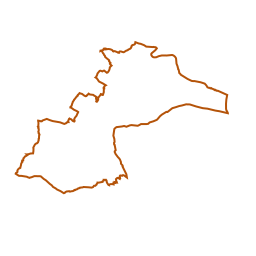 the district of Spydeberg nor, Østfold, Norway, rotated 22°
{"feature_id": "86288312B44573726791656", "entity_name": "Spydeberg nor", "entity_type": "district", "adm_level": 2, "iso_a3": "NOR", "parent_name": "Norway", "parent_adm1": "Østfold", "projection": "natural_earth1", "projection_center": [11.037, 59.603], "detail": "fine", "context": "isolated", "style": "outline", "palette": "amber", "viewbox_px": 256, "rotation_deg": 22, "n_neighbors": 0, "source": "geoboundaries", "source_scale": "gbopen_adm2", "svg_char_len": 5608}
<svg xmlns="http://www.w3.org/2000/svg" viewBox="0 0 256 256"><g transform="rotate(22 128 128)"><path d="M102.7,45.7L103.0,47.3L102.8,48.0L102.0,48.8L101.0,49.5L100.8,49.9L100.6,50.7L100.8,50.8L100.8,51.8L100.6,52.7L100.7,53.0L100.3,53.7L98.8,55.3L98.7,55.8L98.0,56.5L97.5,56.8L95.8,59.2L95.3,59.5L92.7,59.7L91.7,60.1L91.1,61.2L91.4,61.6L90.6,61.9L90.1,61.7L87.2,61.7L86.6,61.8L85.8,62.5L85.2,62.4L84.9,62.0L84.1,61.7L83.3,61.6L81.7,61.7L80.2,62.1L79.4,62.6L78.0,62.7L78.2,63.3L77.9,63.5L77.2,63.2L76.1,63.2L75.8,63.8L76.2,64.4L76.2,64.6L75.4,65.2L74.9,65.7L73.5,66.6L73.6,67.0L74.3,66.3L75.7,67.0L76.6,67.9L77.5,68.2L78.2,69.1L79.4,69.6L79.7,69.9L80.1,70.6L82.3,71.4L85.0,72.2L85.2,72.3L85.2,72.7L85.4,73.2L87.3,74.2L87.0,74.8L87.1,75.2L88.0,75.6L88.0,75.8L89.4,76.3L89.0,77.1L88.4,78.6L88.7,79.4L88.9,81.2L88.7,83.0L88.5,83.4L88.4,84.0L87.7,84.7L84.4,83.7L83.7,84.2L83.1,85.1L81.0,85.2L80.3,85.7L79.3,88.9L79.5,90.6L79.3,92.1L79.5,92.5L79.0,93.3L80.0,93.5L81.6,94.3L82.8,95.2L83.9,95.8L87.9,96.1L91.4,96.7L90.6,97.7L90.6,98.6L90.3,99.3L90.3,99.9L91.0,99.9L91.3,100.5L91.1,100.8L91.2,101.6L91.9,103.2L92.0,103.8L92.2,104.1L92.2,105.8L92.4,106.4L92.3,106.8L91.6,107.0L91.0,106.6L90.1,106.7L90.0,107.9L89.2,110.6L89.1,111.4L89.8,113.0L89.6,114.1L89.5,115.1L89.1,115.4L88.6,115.3L88.6,114.5L88.0,113.4L87.7,113.2L87.1,112.2L87.2,111.1L85.9,110.8L84.7,110.7L83.4,110.3L80.1,111.2L78.6,110.9L77.9,113.0L77.5,113.2L77.4,114.0L76.9,114.4L75.5,114.4L72.6,113.6L71.3,113.8L70.0,113.8L69.8,114.7L69.1,116.1L69.3,116.7L69.0,116.9L68.9,117.8L68.6,118.0L67.8,121.1L67.4,121.9L67.5,122.5L67.0,124.5L67.2,125.2L67.1,126.1L67.4,128.5L66.7,130.2L66.9,130.6L67.5,130.4L71.0,131.3L74.2,131.5L75.8,131.8L75.9,132.2L75.7,133.7L75.7,135.5L75.6,136.4L75.4,136.7L74.9,138.5L74.8,139.6L75.0,140.7L75.5,140.9L75.8,141.3L75.9,141.8L75.8,142.1L75.1,142.2L74.0,142.1L72.2,141.2L71.1,141.3L70.2,141.1L69.9,141.7L69.9,144.0L70.5,144.7L70.1,144.8L70.0,145.1L69.7,145.1L69.2,145.7L69.0,146.1L69.1,146.3L68.9,146.7L67.4,148.1L62.9,148.2L55.5,149.8L52.2,150.0L49.3,150.0L45.9,153.1L45.7,153.4L45.7,153.9L45.2,154.3L44.6,154.5L43.7,154.4L42.6,154.8L41.9,154.8L41.9,155.0L42.6,155.9L43.4,157.6L43.9,159.4L44.4,160.0L44.4,160.3L44.1,160.6L45.0,161.3L45.1,161.5L44.9,161.8L45.7,162.6L46.2,164.0L46.3,164.4L46.2,164.8L46.3,164.9L46.5,165.4L47.1,165.9L47.0,166.1L47.2,166.5L47.9,166.8L48.4,167.2L48.5,167.5L48.3,167.9L48.4,168.3L49.4,171.1L49.2,171.5L49.5,172.0L49.5,172.4L49.7,172.6L49.6,172.9L49.8,173.6L49.9,175.1L49.5,175.6L49.5,176.1L48.4,177.1L47.9,178.2L47.6,181.0L47.6,181.9L48.1,182.5L49.0,185.0L49.3,186.3L49.5,187.1L47.3,188.1L45.5,189.6L44.6,190.1L44.7,190.3L44.0,190.5L44.8,190.9L43.9,192.2L43.1,193.0L42.8,194.6L42.4,195.2L42.7,196.8L42.9,197.0L43.0,197.3L42.7,197.6L42.1,197.9L42.3,198.3L42.3,198.8L42.7,199.1L42.4,199.7L42.5,200.1L42.3,200.9L42.7,202.7L42.9,204.5L43.1,205.3L42.9,205.6L42.4,205.8L42.2,206.3L41.9,206.8L41.5,207.8L41.4,209.0L41.9,209.9L41.9,210.4L41.0,211.7L41.0,212.5L44.8,213.2L47.2,212.3L51.5,211.3L52.5,211.1L53.7,211.2L55.4,211.1L55.7,210.7L57.1,209.7L59.2,207.7L64.4,205.7L65.3,205.5L69.0,206.8L71.3,207.2L76.4,209.1L78.8,209.7L80.5,210.7L83.6,211.1L85.2,211.6L89.1,211.8L92.9,212.5L93.7,211.8L93.9,211.0L94.8,209.9L97.2,208.6L97.8,208.8L98.4,208.5L98.8,208.1L100.6,207.1L101.4,206.1L102.3,205.3L102.3,205.2L102.1,205.1L103.6,204.0L103.9,203.6L104.0,203.1L104.5,202.8L105.1,202.1L105.6,201.9L105.6,201.5L106.5,200.9L108.3,200.0L108.8,199.4L113.5,197.8L116.6,196.9L117.7,195.9L118.1,194.3L119.3,193.8L119.3,193.6L119.7,193.1L119.8,192.3L120.1,192.1L120.0,191.4L120.3,190.3L120.2,190.0L121.2,189.7L124.6,187.5L124.4,187.0L124.8,186.3L125.2,185.8L125.1,185.4L124.9,185.1L126.9,184.3L127.2,184.8L127.8,184.8L128.8,186.4L129.7,187.1L131.2,188.1L131.7,188.1L131.5,187.8L132.8,186.6L134.4,185.9L135.8,185.7L135.1,184.2L136.6,183.8L136.0,183.1L138.0,182.7L137.4,182.1L137.5,182.0L136.8,181.4L136.5,180.8L136.3,180.6L136.3,179.8L136.1,179.7L136.5,178.7L137.1,178.1L137.6,178.0L139.5,178.3L139.5,178.1L139.6,177.6L139.2,177.3L139.0,176.7L138.6,176.4L138.4,175.9L138.4,175.4L138.6,174.9L140.4,174.5L140.4,174.1L140.7,173.8L141.3,173.5L142.3,173.5L145.5,174.3L143.8,171.5L137.4,165.8L137.5,165.4L136.9,164.7L135.3,164.0L134.8,163.6L134.2,162.2L132.5,160.4L131.4,159.6L129.6,158.8L126.3,156.8L124.7,155.3L124.4,154.6L124.9,153.2L121.9,148.6L121.4,148.5L120.6,147.0L120.8,146.0L119.4,143.2L117.3,140.6L115.7,134.0L116.3,132.6L117.0,131.5L121.9,128.8L123.6,127.6L126.1,127.4L128.7,124.9L130.1,124.0L136.1,122.3L136.7,121.8L138.6,119.5L143.9,117.3L145.2,116.5L145.9,114.8L149.0,112.3L151.5,109.8L151.9,109.2L153.3,105.0L154.4,102.9L157.5,98.7L158.6,98.4L161.7,93.0L164.5,90.8L167.2,88.5L169.6,86.9L173.0,84.3L176.5,83.0L183.2,82.5L189.9,81.6L194.5,80.3L202.6,79.1L206.5,78.2L215.0,76.9L214.7,76.4L212.3,74.4L211.7,73.4L209.8,68.8L208.5,64.7L207.6,60.2L197.3,59.8L197.1,60.0L195.9,60.3L195.5,60.0L195.0,60.0L194.4,60.3L194.1,59.9L193.0,60.2L192.7,60.0L190.8,60.1L190.4,59.8L189.9,60.1L189.9,60.3L189.5,60.4L188.8,60.1L187.9,60.5L186.4,60.5L185.6,59.8L184.4,59.0L182.5,58.1L178.2,58.4L172.0,59.6L170.9,60.1L169.4,60.5L164.8,60.2L156.9,58.8L156.5,58.4L154.8,57.7L154.5,57.0L153.2,55.1L152.6,54.8L152.6,54.6L151.1,52.7L151.0,52.4L148.9,50.2L146.6,45.7L146.1,45.1L144.9,44.3L143.4,43.8L142.2,43.7L141.5,43.8L136.7,46.3L132.3,48.0L129.7,49.8L127.7,51.8L126.5,52.4L125.4,52.8L124.2,52.8L123.0,52.2L122.2,51.5L121.8,50.6L122.0,49.7L124.2,45.6L124.9,43.4L124.2,42.9L123.2,42.8L122.3,43.1L121.2,43.3L120.9,43.6L114.4,45.7L112.0,45.2L110.1,45.2L108.2,45.2L106.4,45.6L102.7,45.7Z" fill="none" stroke="#b45309" stroke-width="2"/></g></svg>